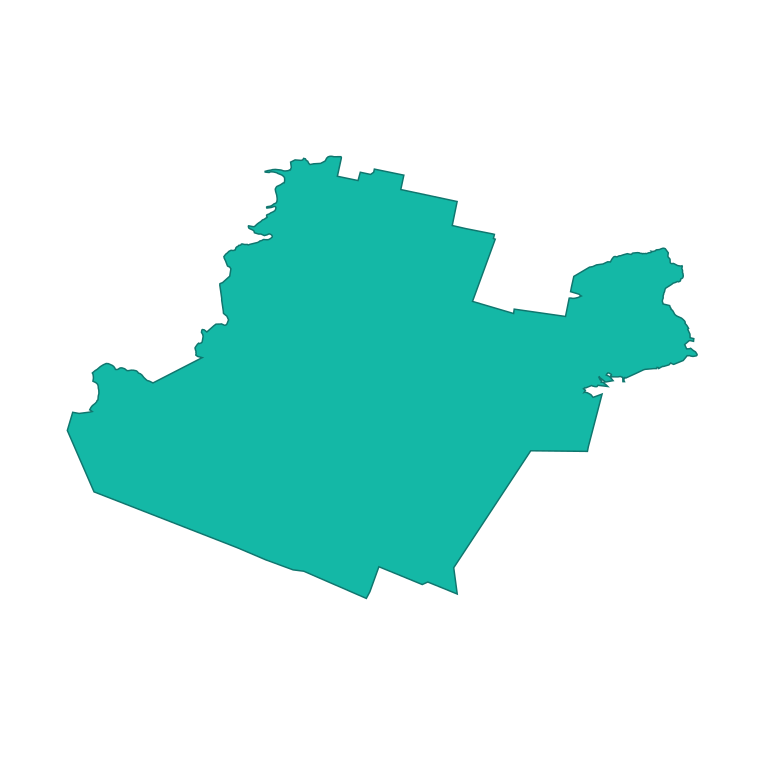 the district of Gómez Farías, Chihuahua, Mexico, rotated 102°
{"feature_id": "50627088B93655982801806", "entity_name": "Gómez Farías", "entity_type": "district", "adm_level": 2, "iso_a3": "MEX", "parent_name": "Mexico", "parent_adm1": "Chihuahua", "projection": "equal_earth", "projection_center": [-107.821, 29.346], "detail": "fine", "context": "isolated", "style": "filled", "palette": "teal", "viewbox_px": 768, "rotation_deg": 102, "n_neighbors": 0, "source": "geoboundaries", "source_scale": "gbopen_adm2", "svg_char_len": 6147}
<svg xmlns="http://www.w3.org/2000/svg" viewBox="0 0 768 768"><g transform="rotate(102 384 384)"><path d="M574.2,268.7L549.2,277.6L418.8,226.6L407.6,171.0L403.0,171.1L348.5,168.6L353.6,176.7L351.4,179.4L350.8,181.4L350.3,183.2L350.2,185.9L350.6,186.5L348.3,185.7L347.2,187.9L345.9,186.8L346.1,186.6L345.8,185.8L342.3,180.6L342.6,179.7L342.7,176.9L342.4,175.4L342.2,175.1L340.8,174.5L339.9,164.6L338.1,167.5L337.9,168.7L336.8,169.0L337.1,171.9L335.8,171.8L334.8,173.6L332.6,175.3L332.2,174.8L332.7,174.6L336.0,167.7L333.1,160.6L330.2,164.2L329.7,165.4L329.0,168.5L327.9,168.1L326.5,167.2L326.6,165.8L327.4,163.6L327.9,163.4L328.7,163.9L329.7,163.0L328.4,156.7L327.5,154.4L328.0,151.8L332.0,150.8L331.7,149.3L330.0,150.5L329.1,150.1L328.2,150.2L327.5,149.7L327.9,148.8L327.8,148.6L321.2,139.7L316.1,133.0L315.4,131.7L312.9,123.5L312.2,120.5L311.0,120.4L310.9,119.1L311.7,118.5L308.9,115.3L309.0,115.1L308.5,113.8L306.0,109.2L303.9,108.0L304.6,104.9L304.3,104.3L298.8,96.2L293.2,93.3L293.1,92.3L292.7,91.1L292.9,89.8L292.8,87.5L291.6,84.5L291.0,83.9L289.9,83.9L287.8,86.0L286.8,88.7L285.3,91.5L286.1,92.8L286.7,95.3L282.9,98.1L278.4,94.7L277.9,93.8L277.9,90.1L275.2,90.4L275.1,94.2L271.6,95.1L267.3,98.3L266.3,97.6L263.8,99.9L262.0,102.2L261.0,102.2L260.1,102.8L258.9,104.5L257.7,106.7L256.8,111.0L256.4,112.3L255.8,113.5L255.1,114.4L253.5,115.7L251.9,117.2L251.4,118.6L251.0,119.0L250.5,118.9L249.4,120.0L247.9,120.9L247.7,127.3L247.5,127.9L247.0,127.9L245.4,128.9L244.0,129.1L241.9,128.8L239.7,129.3L238.0,129.1L237.1,129.2L235.4,128.8L232.9,128.8L231.7,128.4L226.6,123.2L225.3,122.2L223.9,119.7L223.0,118.8L222.8,118.2L222.9,117.3L222.1,116.0L221.4,115.5L219.7,115.6L218.9,114.6L218.0,113.9L216.9,113.7L215.9,113.8L213.6,114.6L212.8,115.3L211.5,115.4L210.6,115.7L208.8,116.8L207.3,116.6L206.4,117.1L206.8,117.8L207.0,118.9L207.1,121.4L206.1,125.0L205.9,126.1L206.5,127.7L206.2,128.8L205.7,129.3L202.4,130.2L200.5,132.7L199.3,133.0L196.6,133.2L193.2,137.0L193.0,138.3L193.2,139.4L194.1,141.0L195.2,142.5L196.2,145.6L197.3,146.3L198.5,148.5L198.6,150.3L199.2,149.7L199.8,150.2L200.3,151.2L200.4,152.0L202.0,154.5L201.9,155.3L202.2,155.8L202.6,158.0L202.9,158.3L202.7,159.1L202.9,160.8L202.6,161.6L202.8,163.4L204.2,167.8L204.7,168.4L205.3,168.6L205.9,169.1L205.9,170.2L206.0,171.1L205.9,173.0L207.9,176.9L209.4,179.3L209.7,180.6L211.1,182.4L211.3,183.3L211.2,184.4L211.6,185.3L212.1,185.9L214.6,187.1L217.5,187.9L218.0,190.7L221.1,194.8L223.3,200.9L225.8,204.3L227.0,207.3L239.3,220.7L250.3,220.8L254.9,220.7L255.6,212.1L255.8,211.5L256.4,210.8L256.9,209.3L259.0,212.1L260.4,215.0L261.0,217.0L261.1,219.2L261.5,220.7L280.2,220.5L283.7,272.2L288.1,271.9L284.8,314.6L219.2,305.3L219.0,307.2L214.7,307.1L214.6,308.8L215.0,336.2L214.8,350.2L190.3,350.4L190.3,408.0L175.6,408.0L175.8,438.1L179.0,438.1L181.8,440.7L181.8,451.2L190.4,451.7L190.5,472.8L172.3,472.7L171.3,472.8L170.6,473.4L172.1,480.1L172.1,482.4L172.5,484.2L173.4,485.9L175.1,487.1L177.2,487.6L178.3,488.1L181.4,491.9L183.2,498.5L184.7,502.0L183.9,503.4L181.9,505.0L181.5,506.5L180.1,507.7L180.0,509.5L181.7,510.1L182.5,511.6L183.3,517.6L186.4,521.5L191.4,519.7L194.1,520.1L194.3,521.0L194.6,521.1L195.3,522.3L196.1,524.6L196.4,526.4L196.1,529.2L196.7,534.9L197.5,537.7L198.1,538.7L199.4,542.0L199.7,542.5L200.7,544.5L201.4,544.3L201.3,542.7L201.0,540.3L200.1,539.2L199.9,538.3L199.6,536.5L199.6,534.4L199.7,532.7L200.1,531.7L200.7,528.0L201.0,526.9L202.0,525.2L202.9,524.2L205.4,523.5L207.9,523.4L208.3,524.4L210.7,526.7L213.0,529.8L213.6,530.2L215.4,530.8L216.3,530.8L218.3,530.0L221.6,528.2L224.4,527.2L225.6,526.9L227.8,526.7L229.0,527.1L229.7,527.5L230.6,529.0L232.4,530.5L233.7,532.1L234.9,535.3L235.4,535.6L236.2,535.3L236.2,534.9L234.8,531.0L233.2,528.3L233.1,527.4L233.3,526.9L233.7,526.5L234.7,526.3L235.8,526.4L237.2,526.8L238.9,528.6L240.1,530.3L241.5,531.6L242.6,533.4L243.2,533.9L244.0,533.8L244.6,533.4L244.8,533.1L245.4,533.0L246.4,534.2L248.0,535.6L248.2,536.2L248.9,537.1L250.7,538.3L252.5,540.1L253.9,541.3L256.9,543.4L257.3,544.6L257.4,549.3L257.7,549.5L258.5,549.3L259.6,548.6L259.9,548.0L260.7,544.4L261.1,543.6L261.6,542.8L263.0,542.2L263.4,537.9L262.9,535.6L263.7,531.9L262.4,529.4L261.2,527.9L261.0,526.9L261.4,525.3L261.9,524.6L262.4,524.2L263.2,523.9L263.7,524.0L265.1,525.1L266.2,526.2L266.9,527.3L267.1,528.0L267.5,530.1L267.6,531.3L267.8,532.1L268.8,533.0L270.1,535.4L270.7,535.7L271.8,537.0L275.4,544.5L276.1,545.3L276.2,545.9L275.9,546.7L276.5,549.2L276.5,551.9L276.8,552.6L278.0,553.1L278.6,554.9L279.9,555.6L280.2,556.3L280.8,556.7L281.3,557.1L282.6,557.3L283.8,557.4L284.0,558.0L284.5,558.4L284.9,559.9L285.0,561.4L286.5,563.3L288.4,564.5L289.9,565.8L292.7,567.1L294.2,566.4L296.5,564.6L301.0,561.7L301.4,561.0L301.6,559.3L303.2,557.7L310.6,557.3L318.4,563.0L319.9,565.3L321.3,565.2L334.1,560.5L335.7,560.2L346.2,556.3L348.1,555.8L348.7,555.0L350.3,551.8L353.6,549.4L357.8,550.1L358.7,550.5L359.6,551.6L359.7,552.2L359.0,555.5L359.4,556.6L360.4,560.8L362.5,562.6L369.9,568.1L368.4,571.2L368.5,573.0L369.2,573.4L371.4,573.3L373.4,571.5L375.3,570.8L380.7,570.6L381.9,571.4L382.5,572.4L382.8,573.0L382.6,573.8L384.0,574.8L387.6,576.3L388.3,576.3L388.7,575.8L389.7,575.7L390.3,575.2L391.1,574.7L392.1,574.6L393.2,574.1L394.8,574.1L395.8,572.1L396.0,567.3L431.0,610.2L430.0,614.0L429.8,616.4L429.3,617.4L427.6,620.2L425.5,622.7L424.7,624.4L424.5,625.2L424.4,626.4L423.5,627.4L422.9,628.3L422.6,629.3L422.6,631.8L423.0,634.1L424.1,636.8L424.3,638.3L423.0,640.8L422.7,643.7L422.9,644.7L423.4,645.8L425.0,647.3L425.4,648.4L425.6,649.7L424.1,650.8L423.0,652.1L422.3,653.6L421.4,657.8L421.7,660.0L423.6,662.6L426.0,665.1L429.3,667.6L431.0,669.4L433.9,671.6L435.1,670.6L437.6,669.7L439.1,669.4L441.8,669.3L442.5,666.4L443.3,664.8L444.1,663.9L445.3,663.2L447.7,662.5L449.3,661.7L452.5,660.9L455.2,661.0L459.0,660.5L459.8,661.2L461.2,661.4L463.1,662.5L465.6,664.6L466.8,665.3L468.3,665.9L470.5,666.5L470.7,665.5L471.6,663.7L472.7,666.1L476.2,676.1L476.4,682.6L495.3,684.1L549.8,645.2L574.6,493.7L580.6,463.0L584.7,434.3L583.8,423.7L597.4,356.7L590.1,354.6L563.8,351.0L572.2,304.9L568.6,300.0L574.2,268.7Z" fill="#14b8a6" stroke="#0f766e" stroke-width="1.5"/></g></svg>